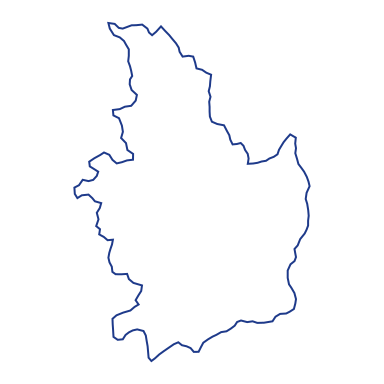 outline of São Gonçalo do Pará, Minas Gerais, Brazil
{"feature_id": "56859067B13989026202500", "entity_name": "São Gonçalo do Pará", "entity_type": "district", "adm_level": 2, "iso_a3": "BRA", "parent_name": "Brazil", "parent_adm1": "Minas Gerais", "projection": "albers", "projection_center": [-44.836, -19.973], "detail": "fine", "context": "isolated", "style": "outline", "palette": "blue", "viewbox_px": 384, "rotation_deg": 0, "n_neighbors": 0, "source": "geoboundaries", "source_scale": "gbopen_adm2", "svg_char_len": 2819}
<svg xmlns="http://www.w3.org/2000/svg" viewBox="0 0 384 384"><path d="M293.9,309.0L295.3,303.6L296.0,299.1L294.4,293.0L291.3,287.7L289.0,284.3L287.7,277.9L287.7,270.5L290.5,264.3L294.5,261.1L296.0,257.1L295.2,253.0L294.5,249.0L297.7,245.4L300.2,239.1L304.7,233.5L306.6,229.6L308.1,225.6L308.1,220.7L308.7,215.8L308.2,210.1L307.2,203.8L305.7,199.0L306.6,192.8L309.6,186.2L308.5,181.6L306.8,176.9L304.1,171.7L301.3,167.8L298.4,164.0L297.1,159.1L295.3,153.2L296.0,148.2L295.2,143.6L295.8,137.7L290.2,134.4L286.5,138.6L283.6,142.2L281.4,145.8L279.0,149.8L277.5,154.3L273.8,156.8L269.4,158.5L266.0,160.8L261.6,161.5L257.6,162.8L253.1,163.5L247.8,163.8L248.6,158.5L247.7,153.8L245.1,150.0L243.5,145.8L240.7,143.0L236.9,144.0L232.6,144.4L230.3,139.7L229.3,135.2L227.0,131.1L224.0,125.3L217.2,124.0L211.9,121.7L209.9,116.6L209.6,111.6L209.6,106.9L209.2,101.7L210.5,96.8L208.7,91.2L209.9,86.4L210.3,81.3L211.1,74.7L206.3,72.7L202.1,69.8L196.5,68.4L195.1,62.4L193.2,56.6L188.7,55.8L182.6,56.6L179.6,51.8L178.7,47.6L176.0,43.3L172.2,38.8L169.2,35.1L165.1,30.9L161.0,26.4L156.1,31.8L152.1,35.2L149.0,32.5L147.4,28.6L142.2,24.6L136.1,25.2L131.6,25.3L127.3,26.9L122.7,28.6L118.8,27.9L114.7,23.9L108.4,23.0L109.8,28.6L113.9,35.1L119.8,37.4L124.0,41.0L126.1,44.8L128.8,49.3L128.8,55.9L128.2,61.3L130.0,66.2L131.2,70.9L132.2,76.0L130.0,79.4L129.7,84.3L131.6,90.0L136.9,94.9L135.7,100.6L131.2,105.8L124.9,106.7L119.8,109.1L112.9,110.0L113.4,115.4L119.0,118.2L121.9,125.6L122.9,131.8L121.1,138.0L126.0,143.1L127.4,150.0L133.1,153.9L133.0,159.7L127.0,160.4L121.9,162.2L116.7,163.4L112.5,159.9L109.3,154.8L104.0,152.5L100.2,155.0L94.4,158.2L89.2,161.7L89.8,166.4L94.0,169.0L98.2,171.7L96.8,175.9L93.2,179.9L88.5,181.1L82.7,179.8L79.0,185.2L74.4,187.6L74.8,193.9L77.4,198.1L81.8,195.3L88.5,194.6L92.3,198.1L94.9,201.3L101.2,203.1L99.8,208.0L96.8,212.8L98.5,219.3L96.2,226.1L100.0,229.2L99.2,234.4L103.9,237.0L107.6,240.2L112.9,239.7L112.0,244.5L110.5,248.8L109.3,252.8L108.4,257.7L109.5,262.4L111.8,266.7L112.4,271.9L115.6,274.2L121.1,274.3L127.1,273.9L128.9,279.1L133.4,282.9L137.8,284.2L142.0,285.4L141.2,291.0L138.4,295.4L135.6,300.2L138.6,304.5L134.6,306.9L130.4,310.5L123.2,312.6L116.5,315.3L112.5,318.8L112.7,324.3L113.1,330.1L113.5,336.9L117.7,339.8L122.8,339.3L125.6,334.9L129.0,332.3L132.8,330.4L137.2,329.4L143.5,331.0L145.8,335.5L146.7,341.1L147.6,346.2L148.1,351.9L148.6,357.7L151.4,361.0L154.9,358.4L159.3,354.4L164.0,351.0L168.5,347.9L173.9,344.2L178.3,342.3L181.9,345.2L186.6,346.3L190.6,348.1L193.8,351.9L198.6,351.8L200.9,347.2L203.3,342.7L208.1,339.3L212.6,336.6L216.3,334.9L221.2,332.1L226.5,331.3L230.7,328.7L234.7,325.7L237.1,322.0L241.0,320.5L247.2,322.1L252.6,321.3L257.3,322.9L264.1,322.7L272.5,321.3L275.5,316.7L280.1,313.9L286.2,313.5L289.7,311.7L293.9,309.0Z" fill="none" stroke="#1e3a8a" stroke-width="2"/></svg>